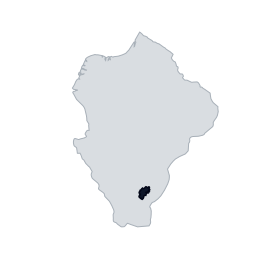 Tarmuwa, Yobe, Nigeria (highlighted), rotated 121°
{"feature_id": "59680162B67238968218645", "entity_name": "Tarmuwa", "entity_type": "district", "adm_level": 2, "iso_a3": "NGA", "parent_name": "Nigeria", "parent_adm1": "Yobe", "projection": "orthographic", "projection_center": [11.647, 12.245], "detail": "fine", "context": "in_parent", "style": "filled", "palette": "ink", "viewbox_px": 256, "rotation_deg": 121, "n_neighbors": 0, "source": "geoboundaries", "source_scale": "gbopen_adm2", "svg_char_len": 5142}
<svg xmlns="http://www.w3.org/2000/svg" viewBox="0 0 256 256"><g transform="rotate(121 128 128)"><path d="M201.1,59.6L207.8,68.9L209.3,75.9L209.9,79.3L211.0,79.7L213.1,79.9L214.6,80.5L215.5,81.7L216.1,82.7L216.2,83.4L215.8,87.6L215.3,89.1L215.6,91.1L215.6,92.0L215.3,92.6L214.4,93.3L213.1,94.0L210.1,96.0L209.2,96.3L208.0,96.4L206.9,96.9L205.6,98.0L202.8,102.0L200.4,106.1L198.6,112.6L196.5,114.6L196.1,116.4L195.8,120.5L195.5,121.7L195.1,122.1L192.8,122.8L191.5,123.8L190.7,125.6L189.7,131.9L189.4,132.9L188.6,134.0L187.4,135.2L186.4,135.8L183.8,136.3L181.2,141.0L181.2,141.8L180.1,146.0L178.2,149.3L178.0,151.3L175.6,154.1L174.3,156.1L175.6,158.1L175.7,158.4L171.5,161.8L171.3,162.3L171.1,164.7L170.8,165.3L170.0,166.1L168.9,167.1L167.7,167.8L166.4,168.3L165.2,168.5L164.5,168.2L164.1,167.5L163.4,164.6L163.0,164.0L162.2,163.5L159.0,160.3L157.0,159.2L156.6,159.2L156.3,159.5L155.7,161.1L155.2,161.7L154.2,161.9L152.4,161.9L151.1,161.7L150.8,161.4L150.1,160.1L146.1,163.0L144.7,163.6L142.9,167.0L140.4,168.7L138.6,170.2L134.0,174.7L133.0,176.1L132.1,178.1L130.0,186.8L126.8,192.2L126.3,193.3L126.2,193.3L125.7,193.8L124.5,193.4L123.9,192.4L123.2,192.3L121.8,190.8L121.5,191.0L122.9,194.8L122.4,196.2L118.5,196.2L115.1,196.7L112.7,196.6L111.5,196.0L111.0,194.6L110.8,194.8L110.7,195.5L110.0,196.1L107.4,196.2L106.2,195.2L105.3,194.1L104.3,193.6L104.4,194.1L105.6,195.1L105.4,196.6L103.3,198.3L102.0,198.4L101.1,197.6L100.7,196.4L100.5,194.6L100.0,193.4L99.7,193.4L100.0,195.4L100.0,197.2L101.0,198.6L99.5,199.1L97.6,199.1L97.4,198.5L97.2,197.4L96.8,197.0L96.5,199.0L92.7,199.5L92.1,199.4L92.0,199.1L92.3,198.5L92.2,197.6L91.4,198.3L91.3,199.7L90.8,199.9L89.3,199.6L87.8,198.9L85.2,197.1L82.1,194.2L81.6,192.9L80.7,191.3L79.1,187.0L79.4,186.8L80.2,187.0L80.5,186.6L79.2,186.3L78.9,186.0L78.9,185.0L78.9,183.8L80.9,183.3L81.4,182.6L81.7,181.9L79.2,182.9L76.9,181.6L76.5,180.9L76.7,180.3L79.4,180.3L80.3,179.8L79.7,179.6L78.7,179.6L78.3,179.2L78.4,178.3L78.1,178.5L77.6,179.3L76.1,179.8L75.2,179.2L75.1,177.9L74.9,177.3L74.2,176.9L71.5,173.4L68.2,170.5L65.2,168.4L60.7,167.4L51.3,167.1L50.8,166.8L51.3,166.4L52.2,166.1L55.2,164.6L54.7,164.4L51.6,165.3L50.5,165.4L49.1,167.2L39.8,167.4L39.8,166.5L40.3,164.0L40.9,162.3L40.3,160.1L40.2,158.2L40.6,157.7L40.7,156.9L40.7,152.1L41.2,151.4L41.2,150.9L40.3,148.7L40.4,147.1L40.2,145.6L39.9,144.9L40.4,138.9L40.3,137.4L40.7,136.4L40.9,133.8L40.9,131.3L41.6,127.3L45.6,126.9L46.6,125.4L47.2,123.4L47.1,121.5L48.4,119.8L50.0,118.3L49.9,116.7L50.4,116.2L51.1,115.8L52.2,115.6L53.4,114.8L54.1,113.4L54.8,111.1L53.8,109.4L53.8,109.1L54.2,108.2L54.9,107.4L55.4,107.1L56.5,107.3L56.9,107.0L57.7,104.5L57.6,103.8L56.6,102.0L56.1,97.3L55.9,96.7L55.1,95.8L52.9,92.5L53.0,90.9L54.0,89.0L54.6,88.0L55.5,87.5L55.7,87.1L55.4,86.5L55.0,86.1L55.0,85.2L55.4,83.9L55.3,82.6L55.8,75.6L57.6,74.2L60.2,72.0L61.6,69.7L62.4,67.9L63.4,61.9L64.8,61.2L67.5,59.1L71.0,57.9L73.3,57.6L77.3,57.9L79.4,57.8L81.2,56.6L82.0,56.3L83.1,56.1L93.0,59.5L93.9,59.4L94.7,59.6L95.9,60.4L98.8,63.4L101.9,68.0L102.8,69.0L103.8,69.5L104.8,69.7L105.5,69.7L106.2,69.2L107.2,68.4L108.7,68.0L109.9,68.1L116.3,64.8L116.9,64.7L120.7,65.5L125.9,69.1L130.2,71.4L133.2,72.2L136.8,72.8L142.8,73.0L147.4,68.1L149.1,67.1L151.2,66.1L155.4,65.2L162.5,64.7L169.1,64.9L173.2,65.8L177.5,67.4L179.4,68.9L182.4,69.1L184.5,68.8L185.1,67.3L187.2,65.3L190.4,63.5L193.0,62.2L195.1,61.6L197.0,60.1L198.5,59.6L201.1,59.6ZM107.6,198.1L106.1,198.5L105.2,198.4L106.5,196.4L107.2,196.9L108.0,197.1L107.6,198.1Z" fill="#d9dde1" stroke="#a8b0b8" stroke-width="1"/><path d="M173.6,85.0L174.2,85.0L174.4,85.0L174.5,85.0L174.8,85.4L174.9,85.5L175.3,85.6L175.5,85.5L175.8,85.2L176.0,85.1L176.2,85.3L176.1,85.6L176.4,85.3L176.5,85.3L176.8,85.4L177.0,85.3L177.4,85.3L177.5,85.2L178.1,84.7L178.3,84.4L178.6,84.1L178.5,83.9L178.3,83.8L178.4,83.7L178.6,83.5L178.7,83.2L178.8,83.1L179.0,83.1L179.1,83.3L179.4,83.2L179.5,83.3L180.1,83.5L181.2,83.2L181.6,82.5L181.4,82.0L181.9,81.2L181.9,80.9L181.9,80.5L181.6,80.4L181.7,80.2L181.9,80.3L181.9,80.1L181.9,79.1L181.5,78.9L180.3,78.7L179.9,78.8L179.3,78.9L178.8,79.1L178.3,79.3L177.5,79.2L176.8,78.5L176.6,78.0L176.2,78.1L175.8,78.3L174.9,78.4L174.4,78.3L173.9,78.5L173.9,79.5L173.6,79.4L173.7,78.4L173.6,78.0L173.7,77.8L173.6,77.7L173.8,77.6L173.7,77.6L173.4,77.7L173.3,77.8L173.2,77.8L173.3,77.8L173.2,77.8L173.2,77.7L173.3,77.7L173.2,77.7L173.1,77.8L172.9,77.9L172.9,77.7L172.8,77.8L172.7,77.8L172.7,77.7L172.4,77.8L172.4,77.7L172.2,77.7L171.9,77.7L171.9,77.8L171.9,77.7L171.8,77.8L171.7,77.8L171.6,78.0L171.4,78.1L171.4,77.9L171.2,77.8L171.2,78.0L171.2,77.9L171.1,78.0L171.0,77.9L171.0,78.0L170.9,78.0L170.9,77.9L171.0,77.9L170.9,77.8L170.7,77.8L170.7,77.7L170.6,77.8L170.4,77.8L170.5,77.9L170.5,78.0L170.4,78.0L170.2,78.0L170.3,78.1L170.2,78.2L169.9,78.1L169.9,78.3L169.7,78.5L169.2,78.6L168.7,78.7L168.4,78.9L168.1,79.0L167.9,79.0L167.7,79.2L167.6,79.4L167.8,79.7L168.0,80.2L168.8,80.2L169.3,80.4L169.3,80.7L169.2,81.2L169.1,81.5L169.0,82.2L169.1,82.4L170.2,82.8L170.4,82.8L171.3,82.8L171.9,83.3L172.0,83.5L172.0,84.2L171.9,84.5L172.8,84.9L173.0,84.9L173.3,84.9L173.6,85.0Z" fill="#0f172a" stroke="#020617" stroke-width="1.5"/></g></svg>